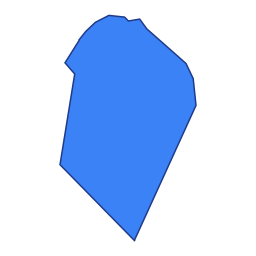 Hammarö, Värmland, Sweden (orthographic projection)
{"feature_id": "70781695B82553413626675", "entity_name": "Hammarö", "entity_type": "district", "adm_level": 2, "iso_a3": "SWE", "parent_name": "Sweden", "parent_adm1": "Värmland", "projection": "orthographic", "projection_center": [13.565, 59.195], "detail": "fine", "context": "isolated", "style": "filled", "palette": "blue", "viewbox_px": 256, "rotation_deg": 0, "n_neighbors": 0, "source": "geoboundaries", "source_scale": "gbopen_adm2", "svg_char_len": 361}
<svg xmlns="http://www.w3.org/2000/svg" viewBox="0 0 256 256"><path d="M134.5,240.6L134.7,240.3L134.7,239.7L196.0,105.4L193.3,79.6L193.2,78.6L186.0,63.5L146.8,28.9L139.7,19.1L128.4,21.0L124.6,17.1L108.9,15.4L95.4,22.3L85.8,31.4L79.0,39.9L79.1,40.2L79.0,40.6L65.0,62.8L74.7,74.0L60.0,164.7L134.5,240.6Z" fill="#3b82f6" stroke="#1e3a8a" stroke-width="1.5"/></svg>